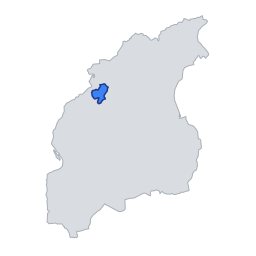 Kohgiluyeh and Buyer Ahmad highlighted on a map of Iran, rotated 84°
{"feature_id": "IRN-3209", "entity_name": "Kohgiluyeh and Buyer Ahmad", "entity_type": "Province", "adm_level": 1, "iso_a3": "IRN", "parent_name": "Iran", "parent_adm1": "", "projection": "albers", "projection_center": [50.792, 30.816], "detail": "fine", "context": "in_parent", "style": "filled", "palette": "blue", "viewbox_px": 256, "rotation_deg": 84, "n_neighbors": 0, "source": "natural_earth", "source_scale": "10m", "svg_char_len": 4320}
<svg xmlns="http://www.w3.org/2000/svg" viewBox="0 0 256 256"><g transform="rotate(84 128 128)"><path d="M122.7,69.3L125.5,69.4L130.6,67.5L131.0,67.0L132.4,63.5L134.1,61.9L137.1,59.9L139.1,59.2L146.0,59.2L146.5,57.7L147.6,57.0L155.2,57.0L156.4,58.0L157.0,59.9L163.4,61.3L164.7,61.8L166.3,63.2L167.6,63.5L169.2,62.7L170.2,63.1L171.9,62.6L176.9,64.4L177.7,66.5L178.7,67.5L179.9,68.3L183.9,69.7L185.1,70.6L188.3,74.4L196.2,73.7L196.8,74.5L196.9,76.3L197.8,80.4L197.3,82.0L198.5,83.3L198.6,85.9L199.1,87.7L198.5,90.3L197.6,90.9L198.3,93.1L197.7,95.3L197.9,96.1L196.8,98.0L196.8,98.8L194.6,100.7L196.5,103.0L194.0,103.4L192.5,106.2L193.3,109.4L193.0,111.0L193.3,111.9L194.0,112.5L197.6,112.8L197.7,113.2L194.4,118.2L194.7,120.0L198.2,129.1L198.2,133.8L199.0,138.6L208.1,139.2L209.3,140.3L210.2,142.9L210.3,144.9L210.1,146.0L201.1,159.2L206.8,164.8L207.2,166.1L210.9,171.8L214.1,174.6L219.4,175.7L222.0,177.7L224.1,177.4L224.3,180.4L225.7,186.7L225.4,189.6L227.3,190.0L230.0,189.3L231.1,189.8L231.8,190.7L231.1,191.4L231.5,193.9L230.8,194.5L230.8,196.9L226.6,197.4L222.8,198.8L221.5,199.9L220.8,201.6L219.5,201.6L219.2,202.3L216.5,203.7L216.0,208.6L215.0,209.9L214.9,216.8L214.2,217.0L213.0,218.3L204.2,216.8L203.2,215.2L202.3,215.0L201.2,216.7L196.8,216.2L195.4,216.6L194.4,216.1L192.1,216.3L190.2,215.5L185.6,216.6L182.6,215.1L179.5,214.8L175.8,215.1L172.7,214.1L171.1,214.6L170.3,213.8L165.7,213.2L164.1,210.2L164.0,208.7L162.7,206.1L162.1,202.2L161.0,199.4L158.9,197.2L153.7,196.1L151.1,196.9L149.1,198.4L145.9,199.3L143.5,202.0L142.0,201.9L136.1,205.6L134.8,205.6L130.2,203.4L128.2,203.0L124.1,203.2L121.8,201.7L121.2,200.5L115.8,198.1L112.5,195.9L111.4,193.8L110.0,192.3L106.8,191.0L105.0,189.7L100.0,189.3L96.5,185.9L96.5,184.8L94.5,181.1L94.1,178.4L93.6,177.7L91.9,176.6L91.7,175.9L92.0,174.2L89.8,173.1L89.5,172.3L89.5,169.6L84.3,163.3L83.2,159.8L82.3,159.6L77.6,161.9L76.2,160.6L72.1,158.3L71.6,157.4L72.6,157.0L73.6,157.4L74.3,157.0L74.0,156.2L73.0,155.7L71.6,155.8L72.0,156.5L70.7,157.1L70.4,158.0L70.6,160.6L70.1,161.3L67.9,161.7L66.5,162.5L65.3,161.6L65.0,159.7L64.3,158.4L63.1,157.9L62.3,156.7L60.9,156.1L61.0,149.4L57.4,149.2L57.5,144.2L59.3,139.2L56.0,134.6L54.6,131.1L53.7,130.5L52.0,130.5L46.3,125.7L44.3,124.4L41.5,123.9L41.2,122.3L42.0,120.5L40.7,118.1L40.4,117.4L39.2,117.1L39.4,115.6L37.9,115.6L35.3,111.4L34.5,110.8L36.2,107.8L35.2,105.2L36.0,103.2L37.4,103.3L37.9,100.5L40.6,97.7L42.8,96.6L43.1,95.7L42.7,94.1L41.4,92.1L41.7,90.5L42.1,89.7L44.5,88.9L44.6,88.5L43.6,87.9L39.5,87.7L37.4,85.6L35.4,85.1L34.4,80.7L34.0,80.2L33.1,80.0L32.5,79.2L32.3,76.3L31.0,75.0L30.0,70.7L30.0,69.7L30.4,68.8L28.3,66.8L28.2,64.0L28.7,63.4L26.2,61.2L25.1,61.1L25.0,60.7L27.0,56.5L27.7,55.5L26.2,54.8L26.3,52.6L26.0,50.8L26.3,49.2L25.4,47.9L25.1,47.1L25.6,45.3L24.7,44.3L24.2,42.3L27.9,41.9L28.7,38.9L30.1,37.7L32.2,39.3L35.2,44.4L37.0,45.9L38.4,47.7L45.2,49.7L46.7,49.2L49.0,49.4L52.1,46.5L53.4,46.1L57.0,43.2L61.3,40.5L63.6,40.1L66.7,43.7L64.8,44.8L64.5,45.7L64.7,46.5L66.1,47.5L66.3,48.5L65.8,49.0L63.9,49.5L63.3,50.5L65.3,52.1L66.3,53.6L67.4,53.9L69.1,56.1L71.9,55.9L72.4,61.2L73.9,65.5L76.8,67.4L84.4,68.9L85.3,69.8L86.5,72.2L88.5,73.9L94.4,77.3L101.0,78.8L105.4,78.7L121.3,74.5L122.8,74.5L120.5,75.5L121.4,75.9L123.4,75.9L123.9,75.5L123.9,74.8L122.7,69.3ZM152.0,199.7L151.0,201.3L149.5,202.6L148.3,202.3L143.5,204.3L142.3,204.3L142.1,203.7L147.3,201.3L147.5,200.7L147.1,199.6L148.8,200.0L150.7,199.0L152.2,198.7L153.0,199.3L152.0,199.7Z" fill="#d9dde1" stroke="#a8b0b8" stroke-width="1"/><path d="M96.7,147.6L96.8,148.4L97.4,150.0L98.6,151.2L100.1,152.3L100.3,152.5L100.7,154.1L100.7,154.7L100.6,154.8L100.3,155.1L99.8,155.4L99.2,155.6L98.0,155.3L97.6,155.1L97.4,154.8L97.1,154.7L95.9,154.1L95.0,153.9L94.8,154.1L95.0,155.1L95.3,156.1L95.4,156.4L95.2,156.6L95.3,156.9L95.6,157.4L95.6,158.0L95.3,158.5L92.4,160.2L91.9,160.3L90.1,160.2L89.0,160.5L88.8,160.3L88.4,160.0L87.1,159.5L87.0,157.6L86.8,156.7L86.4,156.3L86.3,155.7L87.0,154.2L86.8,153.5L86.2,153.1L85.2,152.5L84.3,151.7L83.9,151.1L82.0,151.3L82.0,151.0L82.1,150.6L82.1,150.2L82.1,149.5L81.7,147.7L81.7,147.0L81.8,146.6L82.1,146.2L82.5,146.0L83.3,145.6L84.6,144.5L85.3,143.5L86.1,144.0L88.0,144.7L88.6,144.7L88.9,144.8L92.9,148.3L93.3,148.3L94.5,148.5L95.1,148.2L95.6,147.7L96.3,147.6L96.7,147.6Z" fill="#3b82f6" stroke="#1e3a8a" stroke-width="1.5"/></g></svg>